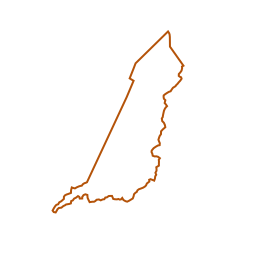 Satubinha, Maranhão, Brazil (Robinson projection), rotated 200°
{"feature_id": "56859067B80125891953270", "entity_name": "Satubinha", "entity_type": "district", "adm_level": 2, "iso_a3": "BRA", "parent_name": "Brazil", "parent_adm1": "Maranhão", "projection": "robinson", "projection_center": [-45.262, -3.939], "detail": "fine", "context": "isolated", "style": "outline", "palette": "amber", "viewbox_px": 256, "rotation_deg": 200, "n_neighbors": 0, "source": "geoboundaries", "source_scale": "gbopen_adm2", "svg_char_len": 2135}
<svg xmlns="http://www.w3.org/2000/svg" viewBox="0 0 256 256"><g transform="rotate(200 128 128)"><path d="M91.4,80.2L91.3,82.3L89.6,85.0L90.4,86.6L89.3,87.6L87.6,87.6L85.4,87.5L85.4,89.7L85.9,91.9L85.5,93.7L86.9,95.3L86.6,97.6L87.2,99.3L88.0,100.8L86.1,103.2L86.9,105.4L87.4,107.0L88.2,108.7L87.7,110.5L89.9,111.2L91.5,111.1L93.4,110.4L95.3,110.4L96.3,112.1L97.7,113.5L98.0,115.0L97.0,117.8L95.5,119.9L93.9,121.8L92.4,122.7L92.9,124.6L94.4,126.2L95.4,127.4L95.5,129.6L95.5,131.2L94.9,133.5L95.8,136.2L94.8,138.6L93.2,141.5L94.4,143.5L96.1,145.2L98.2,146.2L99.5,148.5L99.1,150.1L99.5,152.1L99.9,155.0L100.1,156.6L99.9,158.9L99.5,160.3L98.8,161.9L100.6,163.2L102.1,164.0L102.4,166.9L104.3,167.8L105.2,169.4L105.6,170.8L104.7,172.4L103.3,174.3L102.0,175.9L100.5,177.1L100.1,179.1L99.5,181.2L97.7,183.5L97.3,185.0L96.6,186.3L96.0,188.2L95.1,190.3L94.5,192.6L95.4,193.8L96.9,193.9L98.1,194.3L98.7,196.1L97.9,198.0L97.3,200.2L97.6,202.8L98.3,204.2L97.2,205.5L116.4,218.8L119.8,227.8L120.8,229.9L121.7,231.1L123.4,232.4L143.0,191.4L143.1,185.5L143.4,175.2L142.0,174.9L138.9,174.3L139.8,156.5L140.2,152.0L148.0,63.0L149.0,62.0L150.1,61.2L151.2,59.7L151.7,58.0L152.9,57.3L154.1,56.4L155.8,54.8L157.2,53.1L159.0,52.9L160.5,52.9L160.2,50.0L159.4,47.5L160.5,46.5L161.8,45.4L163.1,44.4L164.3,43.0L164.7,41.5L164.0,39.4L165.7,36.3L167.2,34.6L167.5,32.5L169.0,31.3L169.6,29.9L170.2,27.4L170.6,24.6L169.0,23.6L167.1,23.9L166.7,25.9L166.5,27.5L165.6,29.2L163.3,30.4L162.1,32.5L160.8,33.8L160.0,35.0L158.9,35.6L157.3,36.5L155.9,37.6L156.4,39.9L155.1,41.1L154.5,43.2L153.0,44.8L151.7,46.9L150.2,46.6L149.2,45.2L146.9,46.1L147.4,47.6L146.8,49.8L145.4,51.1L143.3,51.2L142.1,48.6L140.6,47.0L138.7,45.2L136.3,46.5L134.7,47.1L133.7,48.2L133.0,49.8L130.9,50.9L128.9,50.7L127.4,52.2L125.9,53.0L125.5,54.9L124.2,55.5L122.8,57.5L121.2,58.2L119.8,58.7L118.8,57.6L117.6,56.3L115.8,56.6L113.9,57.2L112.8,58.0L111.3,57.9L110.2,58.5L109.5,60.3L107.7,58.8L105.3,58.4L103.6,58.5L102.2,59.9L100.3,62.3L99.4,63.4L99.4,66.0L99.7,67.8L98.8,69.8L97.9,70.9L97.8,72.6L96.9,74.1L95.1,75.6L93.3,77.2L92.0,78.9L91.4,80.2Z" fill="none" stroke="#b45309" stroke-width="2"/></g></svg>